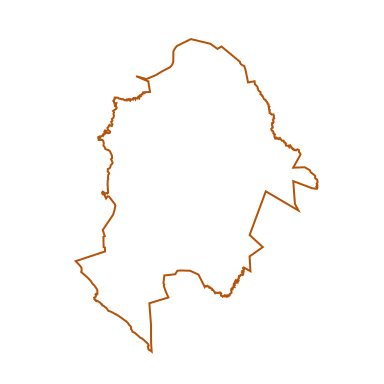 the district of San Ignacio, Sinaloa, Mexico, rotated 351°
{"feature_id": "50627088B92995602725414", "entity_name": "San Ignacio", "entity_type": "district", "adm_level": 2, "iso_a3": "MEX", "parent_name": "Mexico", "parent_adm1": "Sinaloa", "projection": "equal_earth", "projection_center": [-106.307, 23.924], "detail": "fine", "context": "isolated", "style": "outline", "palette": "amber", "viewbox_px": 384, "rotation_deg": 351, "n_neighbors": 0, "source": "geoboundaries", "source_scale": "gbopen_adm2", "svg_char_len": 6016}
<svg xmlns="http://www.w3.org/2000/svg" viewBox="0 0 384 384"><g transform="rotate(351 192 192)"><path d="M154.9,68.9L166.3,76.0L166.1,76.4L166.2,86.6L160.7,86.0L160.6,86.6L160.0,86.3L160.1,86.8L159.1,86.5L158.5,87.0L158.4,87.6L158.1,87.4L157.8,87.8L157.4,87.7L156.6,88.5L155.7,88.4L155.5,88.9L156.0,89.5L155.1,89.6L154.4,91.4L153.7,90.9L153.5,89.9L152.6,91.1L150.9,90.3L150.5,91.5L149.9,90.4L149.0,90.0L148.1,90.7L148.1,91.4L147.4,91.1L146.4,91.4L145.9,90.8L145.4,91.2L145.0,90.9L144.7,91.0L144.8,91.8L144.2,91.4L144.0,90.3L142.9,90.5L142.1,91.3L141.7,90.5L140.1,91.0L138.2,89.4L136.9,89.4L135.4,88.5L134.3,88.2L133.7,87.4L132.4,86.9L130.5,86.7L130.7,87.7L129.6,88.3L129.4,89.1L129.0,89.3L129.1,89.8L128.6,90.0L129.2,91.0L129.2,92.4L131.2,92.4L130.4,94.1L129.4,94.4L129.3,94.8L129.7,95.6L130.5,95.6L130.8,97.0L130.3,97.9L126.7,99.6L127.2,100.3L127.4,101.3L126.7,102.3L126.8,104.5L126.0,106.4L124.3,107.4L124.6,109.1L123.2,110.0L123.3,111.4L124.0,112.7L123.4,114.1L122.5,114.1L121.1,112.8L120.2,113.6L119.9,114.6L118.7,115.2L118.4,115.7L118.8,117.7L120.6,119.5L120.4,120.1L119.9,120.8L118.6,120.9L117.8,120.6L116.7,118.0L115.7,117.6L114.9,118.7L116.1,120.1L115.8,120.5L116.0,121.2L114.9,120.0L114.8,120.7L114.3,120.5L113.1,121.4L113.5,122.1L113.1,122.6L112.5,122.3L110.2,123.2L109.8,122.6L109.0,122.8L109.4,124.0L107.9,123.5L107.9,124.5L108.3,125.0L108.0,126.0L111.5,126.5L112.3,127.4L112.5,130.0L111.8,132.4L112.8,134.0L113.2,136.1L116.3,137.7L117.3,138.9L118.5,143.1L118.6,144.7L118.2,146.3L117.1,146.9L118.2,150.3L117.7,151.6L116.0,152.7L115.4,154.3L114.3,155.7L112.5,156.1L111.9,158.6L113.1,160.2L113.1,160.7L111.9,162.2L111.3,164.5L111.4,165.8L110.6,167.2L109.8,171.2L109.1,179.5L108.3,180.1L107.9,179.6L107.1,179.6L105.9,180.6L104.9,178.5L103.8,177.7L103.2,178.5L103.1,179.2L103.4,180.2L104.2,180.1L104.7,180.5L106.1,184.9L107.7,183.1L109.3,183.5L113.9,192.0L114.2,193.4L112.6,197.8L110.5,202.1L97.9,215.6L98.9,222.0L97.5,222.4L96.1,232.6L97.3,233.3L96.8,237.1L66.3,242.1L69.8,247.2L70.7,249.0L71.0,250.0L70.6,252.8L70.0,253.6L76.1,261.0L78.3,264.4L79.4,267.1L80.8,268.8L82.9,273.2L83.1,274.5L82.6,277.8L82.3,278.3L81.6,278.6L81.3,278.5L81.0,277.8L80.7,278.0L80.9,278.7L80.6,280.4L78.8,281.1L79.2,282.6L79.0,282.9L79.7,283.3L79.6,283.7L80.1,284.5L80.6,284.8L80.8,284.4L81.2,284.5L84.2,287.1L84.5,288.1L85.5,288.8L85.6,290.0L86.4,290.2L89.5,293.4L90.7,296.2L93.3,297.6L99.5,302.3L106.9,309.6L108.3,311.5L109.1,313.4L110.5,315.2L110.7,316.7L110.3,317.4L111.2,319.5L111.3,320.6L113.7,322.4L118.4,328.1L119.4,328.6L121.4,330.8L124.9,335.3L125.2,337.0L124.3,337.6L124.4,340.4L125.2,341.7L126.0,341.7L127.2,343.2L128.1,333.8L130.7,317.2L132.5,295.2L152.2,292.5L150.4,285.7L149.5,280.4L150.2,279.1L149.5,277.8L151.6,270.1L162.6,270.6L165.2,267.5L168.9,267.8L177.8,269.5L185.5,274.6L189.7,287.8L190.4,286.9L191.4,287.5L192.3,287.0L192.8,287.8L193.6,287.8L194.1,289.3L195.1,289.1L195.7,290.3L196.5,290.5L196.8,291.1L196.6,291.9L197.8,292.4L199.0,295.5L199.6,294.9L201.1,295.8L201.9,295.5L202.7,295.9L203.3,295.6L203.6,295.9L204.3,295.7L205.0,296.7L204.4,297.4L204.4,298.7L204.7,299.2L205.4,299.2L206.0,300.2L207.0,299.7L207.4,299.8L208.0,299.1L208.4,299.3L208.4,300.0L209.2,299.7L209.5,300.6L210.6,299.7L211.0,300.6L211.3,300.3L211.8,300.6L212.6,300.1L212.3,299.7L213.1,298.9L214.1,299.6L213.8,299.1L214.0,298.4L215.3,297.7L215.3,295.9L216.0,296.2L215.4,295.5L215.7,294.1L216.9,294.4L217.2,293.6L216.7,293.2L216.9,292.8L218.1,292.3L218.9,292.5L218.5,291.6L218.5,290.4L219.1,289.8L219.1,290.6L219.7,290.7L219.8,289.3L219.5,289.0L220.5,288.7L220.0,288.4L220.4,288.1L220.2,287.6L221.2,286.3L221.7,287.5L221.5,288.2L222.2,288.0L222.4,288.6L222.9,288.6L223.0,286.4L223.4,286.7L223.5,287.5L224.2,286.9L224.0,285.2L225.0,284.3L224.7,283.8L225.2,282.4L226.2,282.6L226.9,282.0L227.0,281.4L227.6,281.3L229.0,282.0L229.8,281.1L229.9,280.5L229.3,280.1L229.0,279.4L230.0,279.4L230.2,279.0L229.7,278.9L229.5,278.5L230.2,278.5L229.8,277.9L230.5,277.8L231.0,276.8L230.8,276.4L230.2,276.5L231.0,275.9L230.5,275.6L230.6,274.9L231.2,274.6L237.3,279.4L238.8,264.6L253.3,257.5L242.2,243.5L265.0,202.9L294.2,226.9L291.8,219.8L293.7,197.1L311.3,207.1L315.4,208.3L316.0,208.3L316.5,207.4L315.8,206.4L316.4,206.3L316.3,205.2L316.5,204.9L316.9,205.0L316.9,204.2L316.4,203.5L317.5,202.3L317.4,201.7L317.7,200.6L317.5,199.2L316.1,198.2L315.8,197.2L316.2,195.7L315.7,194.6L312.4,191.2L311.8,188.9L307.2,185.2L295.8,183.8L305.0,172.0L304.9,170.9L303.9,169.1L304.1,167.2L302.8,166.4L301.8,166.6L301.4,167.1L299.9,166.7L299.8,166.2L299.2,166.2L299.0,165.5L298.5,165.7L297.7,164.7L297.8,164.3L297.2,164.0L297.3,163.3L296.9,163.0L296.5,161.6L295.6,162.3L295.6,161.4L295.4,161.3L294.9,162.5L294.5,161.4L293.0,161.2L292.5,160.5L292.1,160.6L291.9,159.1L292.3,158.7L292.1,158.4L291.4,157.5L290.7,157.3L290.5,155.7L288.8,155.4L287.2,152.3L286.6,152.5L286.0,153.4L285.3,153.1L284.8,152.3L284.1,152.5L283.6,151.5L282.6,152.2L282.4,151.9L282.1,150.8L282.2,149.7L282.9,148.2L282.1,148.0L282.0,146.9L281.5,146.5L281.7,146.2L281.8,145.3L281.3,144.3L280.4,143.9L280.1,142.1L280.8,141.7L281.2,140.9L281.9,140.9L281.8,139.1L281.4,138.5L281.9,137.4L281.6,136.8L282.2,136.2L283.0,136.5L283.5,135.6L283.6,135.0L283.2,133.5L283.7,133.2L283.8,132.5L284.7,132.1L284.3,131.0L284.8,130.2L284.6,128.1L282.9,128.0L282.1,127.4L282.1,126.7L281.0,126.0L281.3,125.0L281.1,124.4L281.7,123.4L281.0,122.8L281.2,121.1L281.1,120.3L281.6,119.9L281.1,119.5L281.3,119.2L281.3,118.3L281.0,117.8L281.2,117.2L280.4,116.6L280.5,115.8L280.2,114.9L279.3,113.8L279.0,112.4L278.5,112.3L277.5,111.3L276.8,108.4L276.3,108.1L276.2,107.4L275.8,107.4L275.4,106.2L274.9,106.0L275.3,103.9L274.4,103.2L273.5,102.1L273.3,100.3L273.0,100.0L273.2,99.2L272.9,98.0L271.0,95.5L271.1,92.4L264.5,92.6L264.0,80.5L263.4,76.1L263.1,75.5L261.7,74.8L260.3,73.4L259.7,72.0L259.8,71.1L259.6,70.8L243.9,52.9L239.5,54.6L233.4,48.5L214.8,40.8L200.0,45.4L197.9,47.2L196.0,49.5L195.5,50.8L193.9,60.4L192.2,63.4L190.1,65.2L181.2,68.2L174.6,70.9L164.6,73.3L154.9,68.9Z" fill="none" stroke="#b45309" stroke-width="2"/></g></svg>